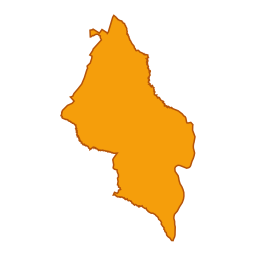 outline of Federación, Entre Ríos, Argentina
{"feature_id": "61730980B83498212495983", "entity_name": "Federación", "entity_type": "district", "adm_level": 2, "iso_a3": "ARG", "parent_name": "Argentina", "parent_adm1": "Entre Ríos", "projection": "equal_earth", "projection_center": [-58.107, -30.745], "detail": "fine", "context": "isolated", "style": "filled", "palette": "amber", "viewbox_px": 256, "rotation_deg": 0, "n_neighbors": 0, "source": "geoboundaries", "source_scale": "gbopen_adm2", "svg_char_len": 5783}
<svg xmlns="http://www.w3.org/2000/svg" viewBox="0 0 256 256"><path d="M173.1,240.6L173.6,239.0L174.6,236.9L175.0,235.0L175.2,227.0L174.7,224.6L174.6,221.3L173.8,218.3L174.0,216.2L174.5,214.3L177.3,211.1L179.4,207.0L182.2,202.6L183.5,199.0L183.9,196.1L183.8,192.5L183.0,189.6L181.9,186.9L180.0,183.7L179.0,180.3L178.6,177.7L178.1,175.7L175.1,171.4L174.8,168.4L175.4,167.0L176.0,166.4L177.4,165.5L178.3,165.3L180.0,165.5L186.7,168.2L188.9,167.6L190.1,166.6L190.7,165.4L191.9,161.4L193.3,158.3L194.1,155.7L194.6,153.0L193.4,148.2L193.3,146.0L193.6,143.6L194.0,142.3L195.0,136.8L192.6,130.3L192.7,125.9L192.9,124.7L190.8,122.4L188.2,123.0L187.0,122.9L186.6,122.1L185.8,118.0L185.1,116.7L183.8,115.9L182.2,113.9L178.3,110.9L171.9,108.3L171.9,107.7L171.3,107.4L170.0,107.8L169.3,107.7L169.0,107.4L169.0,106.7L168.1,106.3L167.7,106.5L167.3,107.4L166.6,106.7L166.5,105.9L166.0,106.1L165.2,105.7L164.5,105.9L164.4,104.7L164.9,104.6L164.5,103.6L163.8,103.4L162.8,102.5L163.6,101.8L163.1,101.2L162.4,101.2L162.0,100.7L160.9,100.2L160.1,99.2L160.1,98.8L159.5,98.0L159.1,97.8L159.2,97.5L158.7,97.3L158.1,97.9L157.6,97.9L157.6,97.3L156.6,96.4L156.7,95.9L156.1,95.2L156.3,95.0L155.6,95.0L155.4,95.2L154.4,94.6L154.3,92.5L154.9,92.0L154.2,91.1L153.8,91.0L154.2,90.0L153.7,88.9L153.7,88.0L153.9,87.7L153.0,87.1L152.7,86.5L152.2,86.4L152.6,86.0L152.5,85.7L152.1,86.1L151.7,86.1L151.8,86.5L151.5,86.6L151.4,86.3L151.2,86.7L151.0,86.4L151.4,85.8L150.3,85.6L150.3,85.2L149.6,84.7L150.0,84.7L150.1,83.9L148.4,82.4L148.7,81.3L148.5,81.1L148.8,80.5L149.4,80.5L149.3,79.6L149.0,78.9L148.4,78.9L148.2,78.6L148.2,77.8L148.3,77.6L148.9,77.8L149.1,77.6L148.9,77.0L149.3,76.2L150.0,75.3L149.9,74.2L149.6,73.9L149.7,73.1L149.3,72.6L149.3,72.3L149.8,72.6L150.3,71.4L150.1,70.6L149.7,70.5L149.4,70.8L148.9,70.0L148.6,68.7L148.3,68.7L147.6,67.9L148.0,67.2L148.3,67.1L148.4,66.5L148.0,65.9L147.8,64.9L147.1,64.8L146.9,64.3L147.2,64.2L147.0,63.8L147.5,63.4L147.4,62.8L147.0,62.9L146.9,62.1L146.6,62.0L146.9,61.1L147.7,61.4L147.9,60.9L147.7,60.1L147.3,60.2L147.2,59.6L146.8,59.1L147.5,59.3L147.5,57.6L148.4,57.5L148.2,57.0L147.9,57.0L147.8,55.0L146.2,54.6L145.8,54.8L145.3,54.5L145.0,54.7L144.7,54.7L144.5,54.3L144.0,54.4L143.8,53.6L143.2,53.7L141.9,52.8L140.2,52.2L138.4,50.4L137.7,50.3L136.5,50.7L135.9,50.5L135.7,49.7L135.0,48.8L135.1,48.5L134.3,47.8L134.3,47.0L133.8,45.8L131.9,43.6L130.2,40.2L129.7,40.0L129.4,38.4L128.9,37.5L128.8,36.4L127.9,35.3L128.0,34.6L127.1,34.3L127.4,33.6L126.9,33.2L127.2,31.5L126.7,29.8L126.8,28.7L126.3,27.4L125.6,26.5L125.5,25.6L124.8,24.8L124.5,23.5L123.3,23.2L122.6,22.0L122.0,21.7L121.8,21.0L119.5,20.4L118.6,19.7L118.0,19.6L117.2,18.4L116.7,18.3L116.0,17.2L113.8,15.4L112.7,17.3L108.5,31.4L108.1,32.4L107.3,33.4L107.1,32.8L102.0,29.5L99.4,33.1L93.2,29.2L93.1,29.6L90.0,30.2L90.3,36.9L90.8,36.9L92.6,35.6L93.5,35.7L95.4,34.5L96.9,34.2L98.0,34.4L98.8,34.9L99.2,35.6L100.3,35.9L100.3,37.7L101.4,39.9L93.2,49.0L92.7,50.6L89.8,55.0L92.0,56.2L91.7,58.5L90.2,63.1L87.1,66.1L87.6,68.3L86.8,69.9L84.4,77.7L81.7,84.1L78.1,88.7L74.0,93.5L72.7,96.3L70.4,97.0L74.1,101.1L72.2,103.3L67.5,105.4L62.5,110.4L62.0,112.1L61.7,112.2L61.8,113.0L61.5,114.6L61.0,115.7L62.2,116.4L62.0,117.6L62.5,118.1L65.3,119.3L65.9,119.3L66.1,119.6L67.4,119.6L68.0,120.3L68.3,120.3L68.4,120.7L68.9,120.8L69.2,121.3L70.4,121.4L70.9,122.2L71.5,122.3L72.5,123.2L73.7,123.4L74.9,124.8L75.2,124.8L75.5,125.4L75.8,125.3L75.8,126.0L76.1,127.3L76.0,127.7L76.2,127.9L75.9,128.3L76.4,128.4L76.7,128.7L76.5,129.4L76.1,129.5L76.3,129.9L76.3,130.7L77.1,130.9L76.8,131.7L77.0,131.8L77.1,132.1L76.5,132.3L77.1,133.0L77.1,133.8L76.8,134.2L77.2,134.5L77.0,135.2L77.4,135.3L77.4,136.2L77.8,136.1L77.7,136.5L78.3,136.3L78.3,137.1L78.8,137.3L78.6,137.7L78.8,138.2L79.3,138.3L79.5,138.9L79.2,139.2L79.9,140.1L79.2,140.2L79.2,140.5L79.8,140.7L80.0,141.3L80.7,141.3L81.3,142.2L81.3,142.7L81.6,142.6L81.5,143.0L82.1,143.3L82.6,144.1L83.0,144.1L83.2,144.8L83.9,144.8L84.3,144.5L84.4,145.0L85.1,145.4L85.8,145.2L86.1,145.4L86.0,145.8L86.6,145.8L88.2,146.5L88.4,147.4L88.9,148.2L89.8,148.6L89.9,149.6L91.0,148.7L91.5,148.7L92.3,147.6L92.9,147.5L93.3,146.9L93.3,146.6L93.9,148.0L94.3,147.4L94.8,147.8L95.4,147.7L95.5,148.3L95.9,148.1L96.5,148.5L96.5,148.8L97.2,148.9L97.8,149.4L98.4,150.3L98.7,150.0L98.8,150.3L99.3,150.1L100.1,150.5L100.3,150.2L100.7,150.5L101.8,150.2L102.3,150.4L102.9,150.1L103.4,150.7L105.0,150.6L105.6,151.1L107.0,151.1L107.6,151.8L108.3,151.5L108.5,151.8L109.1,151.6L109.9,152.1L110.2,151.9L111.0,152.3L111.8,152.8L112.4,152.6L113.0,153.1L114.5,153.3L117.2,153.1L113.4,158.4L112.8,159.8L113.7,164.9L113.1,167.9L114.4,169.2L117.1,169.9L117.2,171.8L118.4,174.7L118.4,177.1L117.5,178.1L118.1,181.5L117.5,184.8L118.5,185.4L118.6,187.1L120.0,187.7L119.9,188.0L120.6,189.5L118.6,190.2L118.3,192.1L117.2,193.3L114.5,192.3L113.3,195.0L115.2,194.9L115.6,195.2L115.9,195.8L116.5,196.2L116.9,196.2L117.2,196.7L117.8,196.9L119.1,196.8L119.6,197.1L119.9,196.9L120.4,197.3L121.1,196.9L121.7,197.2L122.5,197.2L123.0,197.7L123.7,197.7L123.8,198.0L124.2,197.8L124.5,198.4L125.0,198.6L124.9,199.1L125.3,199.5L126.2,199.4L127.2,198.9L127.5,199.9L127.8,200.0L128.3,200.7L129.5,200.5L130.3,200.8L130.7,201.3L131.3,201.3L132.0,203.1L132.9,203.3L133.5,204.4L134.2,204.5L134.6,205.1L135.6,204.5L136.5,205.0L137.1,205.8L138.8,205.8L138.5,206.7L138.7,206.9L139.5,206.8L139.5,206.2L139.9,206.0L141.1,206.3L142.1,205.8L142.6,206.9L145.1,208.5L146.2,208.3L146.2,208.8L147.0,210.2L147.7,210.6L147.8,211.0L148.3,211.6L151.2,213.2L152.9,213.2L155.4,214.7L156.0,215.6L157.7,216.9L158.3,217.9L158.7,219.3L160.4,220.6L161.5,222.5L161.2,224.0L162.8,226.4L164.0,227.6L163.9,229.3L164.6,229.9L164.8,231.0L165.2,231.8L166.2,232.5L166.7,235.1L167.8,236.5L170.3,238.4L170.7,239.3L171.6,240.5L173.1,240.6Z" fill="#f59e0b" stroke="#b45309" stroke-width="1.5"/></svg>